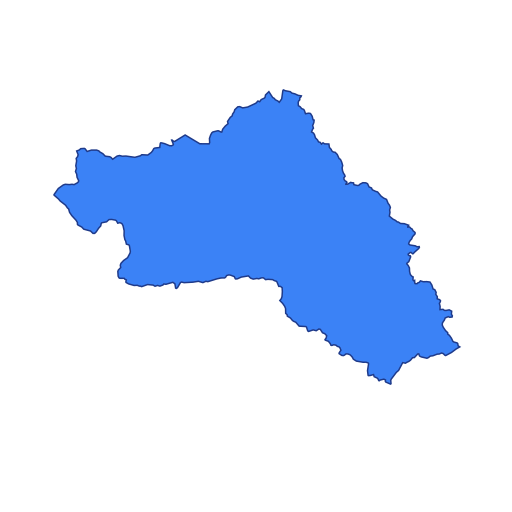 outline of Tay Giang, Quàng Nam, Vietnam, rotated 243°
{"feature_id": "81297802B8357375846053", "entity_name": "Tay Giang", "entity_type": "district", "adm_level": 2, "iso_a3": "VNM", "parent_name": "Vietnam", "parent_adm1": "Quàng Nam", "projection": "robinson", "projection_center": [107.448, 15.895], "detail": "fine", "context": "isolated", "style": "filled", "palette": "blue", "viewbox_px": 512, "rotation_deg": 243, "n_neighbors": 0, "source": "geoboundaries", "source_scale": "gbopen_adm2", "svg_char_len": 6094}
<svg xmlns="http://www.w3.org/2000/svg" viewBox="0 0 512 512"><g transform="rotate(243 256 256)"><path d="M282.1,138.4L281.5,139.6L280.8,139.9L280.6,140.3L279.8,146.4L276.8,151.1L274.9,152.3L274.5,154.9L272.8,156.7L272.4,159.9L272.9,161.2L271.7,162.9L270.3,170.0L268.0,171.1L263.9,169.8L263.3,170.2L263.4,171.6L266.6,176.6L266.6,177.8L264.9,179.8L261.3,188.0L259.6,193.2L256.4,196.6L256.2,199.9L255.0,201.4L253.4,210.7L252.3,214.9L250.7,218.1L250.9,219.3L251.9,220.9L251.5,223.2L250.5,224.6L247.5,227.3L245.2,227.2L244.7,227.5L244.1,229.2L243.9,233.3L241.7,240.2L238.8,241.1L236.7,243.0L235.6,246.6L234.4,248.1L234.1,250.7L233.5,252.2L233.0,252.8L230.6,253.8L229.8,256.1L227.4,260.1L225.8,261.1L224.2,262.7L223.4,262.9L218.6,262.5L217.8,264.0L215.9,264.9L212.3,263.3L208.1,260.8L206.5,259.2L205.5,257.0L201.8,258.2L198.2,258.7L195.8,258.5L191.4,256.4L189.6,257.1L188.2,256.6L185.2,258.5L182.0,259.2L180.7,259.9L178.9,261.4L173.9,262.6L170.5,268.4L169.7,268.7L165.8,268.1L164.9,268.6L164.2,273.4L162.1,275.7L162.4,278.9L161.4,280.0L157.4,280.4L155.6,282.0L152.9,282.8L150.9,281.1L150.3,279.6L149.6,279.5L147.1,281.8L144.1,282.4L142.6,282.2L141.9,282.9L141.6,285.0L140.2,286.8L138.6,287.4L137.4,288.7L136.2,289.1L133.5,288.9L132.0,286.2L131.3,285.7L128.5,287.3L127.6,288.6L127.5,289.6L127.9,291.8L127.0,293.4L125.4,294.9L124.4,295.3L122.1,295.9L119.9,295.9L116.8,297.7L112.7,303.2L111.5,305.7L110.0,307.3L108.9,307.4L103.2,303.3L98.8,301.7L98.4,301.8L97.7,303.4L97.0,306.9L94.8,306.5L92.3,308.5L91.3,308.9L89.3,308.8L88.9,309.1L89.1,310.4L88.2,314.0L86.8,315.1L85.5,314.3L84.8,314.4L80.8,317.7L80.9,318.3L84.0,319.6L84.8,320.4L88.6,328.2L89.3,331.1L94.4,338.3L92.6,340.6L92.8,341.7L92.7,344.3L93.0,346.3L94.3,349.3L93.6,351.0L95.3,355.6L94.9,356.6L92.8,356.3L92.3,356.5L91.0,357.5L87.3,361.9L87.2,363.6L87.7,365.8L86.8,368.3L86.3,372.9L85.5,374.7L85.3,377.3L84.1,378.5L81.7,379.3L81.2,379.8L81.3,386.4L82.3,392.2L82.5,396.3L84.2,395.3L86.4,396.0L87.3,395.7L89.6,393.2L90.5,392.7L94.0,392.8L97.6,392.3L99.1,391.4L100.7,392.0L103.5,391.0L107.4,390.5L109.9,390.6L111.7,391.7L113.5,394.9L114.9,396.4L114.7,399.8L113.5,400.7L112.6,403.0L113.5,403.8L115.5,403.7L118.0,405.3L120.3,403.7L121.2,400.6L122.0,399.2L123.6,398.4L124.7,395.6L127.6,397.2L130.6,397.9L131.5,399.4L132.4,400.1L133.7,399.8L135.6,398.0L137.5,399.1L140.2,398.8L141.8,400.0L144.9,400.0L146.2,398.8L150.3,399.5L153.8,399.2L155.7,396.4L157.1,393.4L159.2,391.2L158.4,389.6L158.6,387.9L158.2,387.0L159.1,385.3L159.9,385.2L162.3,386.3L162.4,385.2L163.5,385.0L166.0,386.5L166.9,385.8L168.9,385.2L170.0,385.2L172.7,385.9L175.7,387.3L178.4,387.3L180.6,386.8L181.1,387.3L181.6,389.6L185.0,393.4L186.1,393.6L186.6,392.8L187.7,392.2L188.6,392.4L189.1,394.8L188.9,395.7L186.8,396.6L186.7,397.2L187.3,398.6L188.8,404.3L189.5,405.5L190.3,405.7L191.1,403.7L192.8,402.5L195.9,398.2L197.5,397.5L198.7,398.6L199.9,400.6L200.5,402.4L202.1,404.2L203.4,407.6L204.3,408.3L205.0,408.3L207.1,407.4L209.3,407.3L210.4,406.5L211.9,406.1L212.4,405.7L212.8,404.4L213.3,404.6L214.1,406.0L217.5,402.8L219.4,399.5L221.6,398.3L222.3,397.3L224.3,396.5L226.8,394.7L231.0,392.9L234.1,395.2L236.4,396.0L238.3,397.8L240.8,398.0L243.0,397.6L247.2,398.0L249.7,396.0L252.6,394.6L257.9,393.4L259.2,392.0L262.2,389.7L264.2,389.8L266.2,388.1L269.8,388.2L271.3,387.1L272.8,384.5L272.8,381.3L272.3,379.6L272.7,378.5L275.1,375.6L276.9,376.1L277.8,374.6L278.6,373.9L278.4,370.3L279.1,368.7L279.6,369.1L280.4,370.5L281.2,370.4L282.5,369.5L284.2,369.2L285.8,369.8L286.6,371.6L288.6,371.8L289.7,371.5L292.6,371.8L295.4,372.7L297.2,374.3L300.8,375.0L303.8,375.1L305.0,374.3L309.6,374.5L312.5,373.6L313.5,372.1L315.5,371.2L316.8,371.4L319.4,370.7L322.7,371.8L324.8,368.0L326.4,367.1L326.0,365.1L328.1,364.8L329.3,363.5L331.4,363.5L334.3,362.6L337.7,363.2L339.5,363.0L341.3,361.8L343.2,363.9L343.8,365.2L346.5,365.7L348.6,368.1L350.7,369.5L351.5,368.7L355.0,369.5L357.8,369.3L358.5,369.0L359.4,367.6L360.3,364.7L363.9,365.2L365.0,365.0L366.6,363.6L368.9,363.1L370.7,362.0L373.5,363.2L374.7,364.3L375.3,365.9L377.0,366.8L377.4,368.3L378.1,369.1L380.0,366.5L382.9,364.2L384.8,362.0L386.9,361.1L390.0,357.1L391.5,355.9L391.5,355.5L391.0,354.9L384.3,350.2L382.4,346.5L384.1,345.9L386.5,344.1L388.0,343.9L389.7,342.8L396.6,342.1L395.2,337.6L393.4,336.2L392.9,335.3L393.0,331.6L391.8,329.3L393.2,328.1L392.2,325.2L392.5,316.2L394.0,311.4L396.5,309.3L397.2,307.5L396.0,303.5L394.4,302.0L393.1,299.6L391.7,298.4L391.2,296.0L388.8,291.7L386.6,291.2L385.7,287.5L384.1,283.9L382.0,281.8L382.2,281.2L384.5,279.5L385.0,278.6L386.1,273.9L385.8,272.5L384.4,270.5L381.9,267.9L378.1,266.2L377.2,265.2L381.5,256.9L396.0,247.8L395.0,235.6L395.5,234.7L397.5,233.8L397.6,233.5L393.0,233.1L392.6,232.6L392.5,230.9L393.5,229.1L397.6,225.6L399.7,223.2L400.1,222.3L399.5,221.6L396.4,219.5L398.1,214.9L398.1,213.7L396.6,211.5L395.8,209.7L395.1,205.4L398.1,200.2L397.8,198.5L398.9,192.9L404.1,185.5L405.6,182.2L407.5,180.0L408.1,177.6L407.3,172.2L409.6,171.6L410.9,170.7L413.4,167.0L416.7,166.0L419.6,164.1L421.0,163.7L422.7,162.1L425.1,157.4L425.8,153.0L429.1,152.4L429.8,151.9L431.2,148.6L430.7,146.5L431.0,143.9L427.0,143.5L425.5,142.1L424.6,140.1L422.1,139.3L418.2,136.4L415.5,135.7L413.2,133.5L410.3,133.4L407.4,132.3L403.7,132.2L402.8,131.6L402.3,130.1L402.2,126.3L403.4,124.7L404.4,122.0L406.5,118.6L406.8,116.5L405.9,110.5L402.4,103.9L401.9,103.7L396.5,105.9L393.9,106.5L387.7,109.4L384.5,109.8L383.0,110.4L379.5,109.7L375.6,110.2L369.5,111.9L366.8,112.1L365.5,111.3L364.5,111.4L360.9,113.9L358.1,114.7L353.4,119.9L350.2,121.0L349.4,122.5L350.1,124.7L352.2,128.4L353.3,131.3L355.3,132.9L355.6,133.7L354.3,138.4L355.2,141.5L354.1,144.0L351.7,147.1L350.8,147.6L348.0,147.7L347.5,149.9L345.8,151.2L343.5,151.3L338.4,150.0L334.1,147.7L330.1,146.6L328.7,146.7L325.4,145.9L323.7,147.7L322.8,147.9L317.3,146.2L315.9,145.2L312.8,140.8L312.1,136.0L310.8,132.4L309.4,130.9L307.1,130.2L306.0,127.0L305.0,125.9L300.6,124.0L298.8,124.0L298.0,124.5L295.9,128.5L294.8,128.6L293.6,129.6L292.0,128.3L291.4,128.2L289.0,129.8L285.1,134.0L283.8,136.9L282.1,138.4Z" fill="#3b82f6" stroke="#1e3a8a" stroke-width="1.5"/></g></svg>